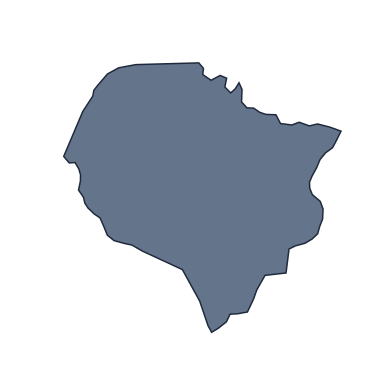 Assunção, Paraíba, Brazil, rotated 293°
{"feature_id": "56859067B95091211309862", "entity_name": "Assunção", "entity_type": "district", "adm_level": 2, "iso_a3": "BRA", "parent_name": "Brazil", "parent_adm1": "Paraíba", "projection": "orthographic", "projection_center": [-36.706, -7.073], "detail": "fine", "context": "isolated", "style": "filled", "palette": "slate", "viewbox_px": 384, "rotation_deg": 293, "n_neighbors": 0, "source": "geoboundaries", "source_scale": "gbopen_adm2", "svg_char_len": 1119}
<svg xmlns="http://www.w3.org/2000/svg" viewBox="0 0 384 384"><g transform="rotate(293 192 192)"><path d="M277.7,76.0L267.7,68.1L253.9,63.7L247.3,61.9L241.6,63.2L223.4,60.0L174.6,60.0L170.8,67.6L173.4,72.9L169.0,78.8L164.2,82.7L158.5,85.0L149.4,86.8L144.8,94.1L139.8,97.8L136.6,102.6L133.5,110.8L132.2,117.5L126.0,124.1L119.1,131.0L116.8,139.3L118.2,149.6L119.7,157.6L118.2,169.5L116.8,213.5L94.6,241.7L75.2,259.0L70.5,264.9L76.8,269.4L85.9,274.4L94.4,274.8L97.8,281.7L103.2,289.9L117.4,290.5L127.0,289.9L143.8,291.8L154.2,310.2L177.4,303.6L182.8,308.2L189.0,316.1L195.6,320.9L202.7,324.0L210.3,323.0L218.1,322.8L227.5,319.3L233.5,313.7L236.6,303.8L241.3,299.0L247.0,296.3L253.6,296.3L262.6,297.2L272.0,297.2L280.2,299.6L287.7,304.1L296.1,304.8L306.2,305.4L305.6,293.7L303.7,281.0L298.7,274.2L298.1,263.4L292.7,257.7L289.6,246.7L295.9,239.1L292.3,229.6L291.8,223.2L293.3,215.9L290.9,209.7L294.3,202.4L305.9,198.0L310.9,192.6L303.9,191.5L298.3,188.9L301.5,181.2L310.3,179.4L310.3,172.4L302.3,165.9L304.3,156.0L310.3,154.2L313.5,147.8L287.3,90.5L277.7,76.0Z" fill="#64748b" stroke="#1e293b" stroke-width="1.5"/></g></svg>